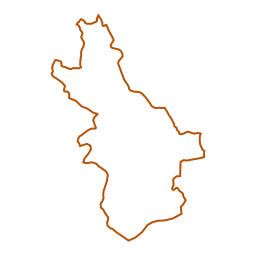 map outline of Meknès - Tafilalet (Robinson projection)
{"feature_id": "MAR-1452", "entity_name": "Meknès - Tafilalet", "entity_type": "Region", "adm_level": 1, "iso_a3": "MAR", "parent_name": "Morocco", "parent_adm1": "", "projection": "robinson", "projection_center": [-5.04, 32.255], "detail": "fine", "context": "isolated", "style": "outline", "palette": "amber", "viewbox_px": 256, "rotation_deg": 0, "n_neighbors": 0, "source": "natural_earth", "source_scale": "10m", "svg_char_len": 2901}
<svg xmlns="http://www.w3.org/2000/svg" viewBox="0 0 256 256"><path d="M204.0,157.0L201.3,157.9L187.6,160.4L185.8,160.5L183.8,160.1L180.6,161.8L180.1,176.1L176.6,176.4L174.0,178.3L173.4,179.0L173.2,180.0L173.5,184.2L173.4,185.5L172.5,187.2L172.2,188.3L172.3,189.3L172.9,189.8L173.7,189.8L174.5,189.5L175.9,188.1L176.6,187.8L177.4,188.0L178.1,188.7L179.4,190.8L180.2,191.6L181.9,192.5L182.4,193.0L182.9,194.0L183.1,195.0L183.2,196.1L185.7,200.2L183.1,204.5L180.8,206.8L181.2,210.3L181.5,213.8L172.7,218.5L164.8,220.4L157.5,220.8L152.0,222.4L147.4,225.1L142.1,232.1L135.5,237.5L128.6,240.6L121.4,235.6L116.3,232.2L112.6,229.0L110.2,228.1L107.5,225.7L107.1,222.3L108.1,219.9L108.1,217.1L106.4,215.0L104.7,212.6L103.9,210.5L102.3,208.7L100.9,207.6L100.7,204.9L100.9,203.0L102.2,201.7L103.6,197.8L103.2,195.1L103.5,191.6L106.9,181.0L107.8,174.8L106.0,171.4L98.8,166.3L96.5,163.9L93.7,162.8L91.3,162.3L87.8,163.1L85.3,163.0L83.3,162.3L84.4,158.6L88.7,153.3L91.0,149.1L90.3,145.6L87.0,143.9L80.1,146.0L79.0,143.0L77.6,141.4L78.0,139.0L79.4,136.5L82.8,134.3L88.0,130.2L89.9,129.3L91.8,128.6L95.5,128.5L95.9,127.6L94.5,124.4L94.2,122.6L93.2,120.5L94.1,117.7L95.5,116.0L97.2,114.7L97.4,113.9L93.4,112.8L87.3,108.6L81.6,106.4L75.8,100.8L69.2,98.1L69.1,95.7L69.4,94.5L68.5,92.3L67.1,91.6L64.8,91.5L64.0,90.7L64.2,88.6L64.6,87.5L65.0,85.9L61.7,82.2L56.1,78.2L54.4,77.3L52.4,75.7L51.6,73.3L52.9,71.7L52.5,69.1L52.2,67.9L52.5,66.4L52.6,65.3L54.1,62.5L54.8,60.5L55.9,60.1L57.2,60.3L60.3,61.3L61.3,62.2L61.4,63.4L61.5,64.4L61.4,65.4L62.0,66.2L64.3,67.0L65.4,67.2L66.6,67.6L67.5,68.2L70.1,69.0L71.3,69.0L72.2,68.4L73.6,68.1L78.9,68.3L80.2,67.8L81.1,67.1L80.6,66.3L80.3,65.3L80.2,64.3L80.3,62.9L80.2,61.7L80.6,60.1L80.4,58.7L81.0,57.0L81.2,55.1L81.1,53.3L81.1,52.1L82.1,48.9L83.4,46.6L84.1,42.8L83.6,41.4L82.8,40.5L82.4,39.3L81.6,38.3L81.2,37.3L82.5,33.4L81.9,32.0L80.9,30.7L80.1,29.3L80.0,28.2L78.9,26.1L78.4,25.4L76.7,24.5L77.7,22.7L79.2,21.7L79.8,20.4L80.6,19.8L81.2,19.2L83.3,20.3L84.0,21.1L84.8,21.8L85.2,23.0L86.3,23.5L87.7,23.8L89.6,23.7L91.3,23.8L96.0,21.8L96.9,21.1L97.0,20.1L96.7,19.1L98.3,15.4L100.2,18.2L101.4,20.0L102.0,21.9L102.4,23.9L102.5,25.3L103.2,26.0L104.5,25.8L105.2,25.2L106.3,24.9L106.9,26.1L108.9,30.9L112.8,37.9L113.7,40.1L113.0,41.4L110.7,44.9L110.9,46.7L112.3,48.0L118.9,49.5L120.9,51.1L122.3,53.5L122.6,56.5L118.7,61.0L118.1,63.4L124.1,79.5L128.0,85.3L128.9,87.4L129.2,89.3L130.9,90.7L134.7,91.7L138.5,92.0L141.4,93.0L145.9,97.6L150.5,104.1L151.5,105.9L153.4,107.2L155.8,108.1L159.5,107.7L161.3,108.0L164.6,107.8L167.4,112.2L168.7,114.8L171.8,119.4L173.8,123.5L174.5,126.4L176.4,127.6L177.0,129.9L178.8,131.7L179.4,133.7L180.6,134.3L183.3,133.7L185.3,132.8L186.6,131.9L188.5,131.9L190.8,132.5L192.3,133.2L194.4,133.7L196.6,133.2L198.8,133.0L200.7,133.6L199.8,136.3L199.7,141.0L200.2,144.5L202.5,149.7L204.4,151.1L204.0,154.0L204.0,157.0Z" fill="none" stroke="#b45309" stroke-width="2"/></svg>